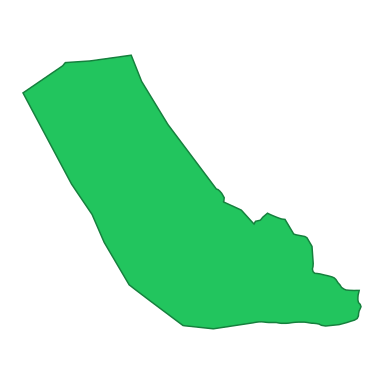 Jardan, Shabwah, Yemen
{"feature_id": "15242507B34069744154073", "entity_name": "Jardan", "entity_type": "district", "adm_level": 2, "iso_a3": "YEM", "parent_name": "Yemen", "parent_adm1": "Shabwah", "projection": "albers", "projection_center": [46.986, 15.184], "detail": "fine", "context": "isolated", "style": "filled", "palette": "green", "viewbox_px": 384, "rotation_deg": 0, "n_neighbors": 0, "source": "geoboundaries", "source_scale": "gbopen_adm2", "svg_char_len": 1624}
<svg xmlns="http://www.w3.org/2000/svg" viewBox="0 0 384 384"><path d="M253.1,322.8L254.0,322.6L256.3,322.2L258.8,321.9L261.4,321.8L263.8,322.0L266.2,322.3L268.6,322.5L271.0,322.5L273.7,322.5L276.3,322.5L278.8,323.0L281.2,323.3L283.7,323.3L286.4,323.3L288.9,323.1L291.4,322.7L293.9,322.4L296.5,322.2L299.0,322.1L301.7,322.1L304.2,322.1L306.7,322.4L309.1,322.8L311.5,323.2L313.9,323.3L316.7,323.6L319.1,324.1L321.4,325.3L325.6,326.0L339.2,324.6L347.0,322.5L350.9,321.2L354.5,320.1L357.2,318.5L358.4,316.0L358.6,313.4L359.1,311.0L360.1,308.9L361.0,306.7L360.2,304.4L358.5,302.6L357.9,300.1L357.9,297.6L358.1,295.1L358.7,292.6L359.2,290.4L356.7,290.4L354.3,290.5L351.9,290.4L349.4,290.3L346.1,290.0L344.0,289.1L341.5,287.4L339.8,284.7L338.1,282.9L337.0,281.2L335.9,279.5L334.2,277.9L332.0,276.9L329.5,276.2L327.2,275.6L324.8,275.1L322.4,274.5L319.9,273.9L317.2,273.5L314.7,273.3L313.0,271.6L312.4,269.0L313.0,266.5L313.2,263.5L312.0,246.4L307.8,239.2L306.9,237.7L304.8,236.5L296.0,234.8L293.7,234.0L285.0,219.4L284.0,219.3L281.6,219.0L279.2,218.2L276.8,217.3L274.6,216.4L272.2,215.4L269.9,214.4L267.5,213.2L262.8,217.2L260.4,220.2L255.5,221.3L254.0,224.0L250.8,220.6L241.3,210.1L223.9,202.1L223.6,202.0L223.5,201.6L223.8,201.3L224.2,197.7L221.7,193.3L219.6,190.9L217.9,189.5L216.4,189.1L167.9,124.5L141.6,81.4L131.2,55.2L89.5,61.0L84.7,61.3L65.4,62.6L64.8,63.2L62.7,65.8L52.7,72.6L23.0,92.9L31.6,109.1L71.5,184.0L76.4,191.3L92.1,214.5L104.2,242.4L129.2,284.9L130.3,285.7L134.5,289.0L150.7,301.3L166.7,313.3L177.5,321.4L183.0,325.5L185.0,325.8L213.3,328.8L253.1,322.8Z" fill="#22c55e" stroke="#15803d" stroke-width="1.5"/></svg>